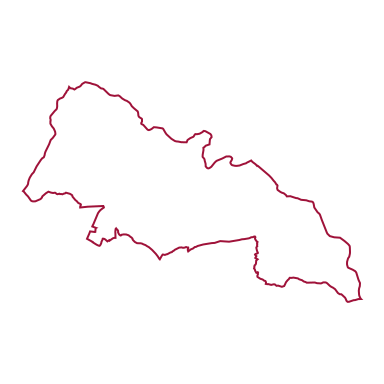 Copsa Mica, Sibiu, Romania
{"feature_id": "2599482B61193190522325", "entity_name": "Copsa Mica", "entity_type": "district", "adm_level": 2, "iso_a3": "ROU", "parent_name": "Romania", "parent_adm1": "Sibiu", "projection": "albers", "projection_center": [24.264, 46.118], "detail": "fine", "context": "isolated", "style": "outline", "palette": "rose", "viewbox_px": 384, "rotation_deg": 0, "n_neighbors": 0, "source": "geoboundaries", "source_scale": "gbopen_adm2", "svg_char_len": 5942}
<svg xmlns="http://www.w3.org/2000/svg" viewBox="0 0 384 384"><path d="M361.0,299.0L360.6,298.6L359.6,296.5L359.2,295.3L359.1,294.7L358.8,290.8L359.1,288.4L359.8,286.2L360.0,283.1L358.5,279.8L356.3,272.7L355.8,271.9L355.2,271.2L352.7,269.7L348.2,267.7L347.8,267.2L347.2,265.2L347.0,264.1L347.1,261.7L347.9,258.9L348.4,257.8L349.2,256.8L349.9,253.7L350.0,252.3L349.9,248.8L349.8,246.8L349.5,245.7L347.9,243.9L344.5,241.0L340.0,237.7L334.2,237.3L329.8,236.1L327.4,233.7L326.8,232.5L321.8,219.9L320.0,214.8L319.3,213.7L317.6,212.3L314.3,207.5L313.7,204.1L313.2,202.6L312.8,202.1L311.9,201.6L309.3,201.3L306.3,200.3L301.1,199.8L297.5,198.2L296.1,198.1L290.3,196.2L286.8,196.4L286.0,195.1L283.8,193.3L281.9,192.7L280.5,192.0L277.7,190.0L277.5,189.7L277.1,188.2L277.5,185.5L277.0,184.7L276.4,184.5L275.1,182.3L273.6,180.7L271.5,178.0L269.1,175.5L258.1,166.1L256.9,165.4L256.8,165.6L255.5,164.2L252.4,161.9L251.2,160.5L246.8,162.7L246.0,163.3L243.4,164.0L239.6,165.5L236.6,165.9L234.9,165.8L232.3,165.2L231.6,164.8L230.6,163.4L230.4,162.6L230.5,162.1L231.7,160.1L232.2,158.7L232.1,158.2L230.8,156.8L229.4,156.4L226.2,156.5L222.3,158.5L216.9,160.7L215.9,161.4L214.6,162.7L211.3,166.8L209.7,167.9L208.8,168.3L208.1,168.4L207.0,167.9L205.7,166.4L205.6,163.9L205.3,162.7L204.7,160.7L204.6,159.8L204.2,158.7L202.7,157.0L202.6,156.7L202.7,154.6L203.5,150.0L203.4,147.7L204.5,147.0L205.7,145.7L209.5,144.4L209.8,140.5L210.0,139.1L211.6,137.1L211.3,135.3L210.4,134.0L205.4,131.2L203.8,130.9L203.3,131.2L202.6,132.0L199.6,133.7L197.0,134.2L195.3,134.1L194.5,135.0L193.7,136.4L193.3,136.8L190.3,138.1L187.7,139.9L187.4,140.3L186.9,141.7L186.6,142.3L181.3,142.2L178.4,141.6L176.3,141.4L174.9,141.0L171.4,138.8L166.5,134.3L165.4,132.7L163.2,128.9L162.6,128.4L156.5,127.4L153.8,127.2L151.7,128.9L150.4,129.6L148.9,130.1L148.0,129.9L147.3,129.4L143.3,124.9L142.0,124.3L141.3,123.8L141.2,123.1L142.0,121.6L142.0,119.1L141.6,118.6L139.5,117.3L138.8,116.6L138.4,115.6L138.1,112.7L137.7,111.4L134.0,108.3L131.8,106.2L130.6,104.1L129.5,102.7L126.9,100.9L125.0,100.2L122.2,98.5L119.6,96.1L118.3,95.4L114.6,95.9L110.6,95.2L109.8,94.9L108.5,93.9L103.4,88.9L102.5,88.6L101.1,88.4L100.5,88.0L98.4,86.4L97.9,85.8L95.4,84.7L92.2,83.9L90.4,83.2L85.5,82.2L84.9,82.3L82.2,83.9L80.7,85.8L79.7,86.6L76.7,87.8L75.3,89.0L74.4,89.5L72.8,88.6L70.4,88.2L69.1,86.9L68.2,89.7L66.9,90.9L66.4,91.7L66.3,92.3L65.0,94.0L63.2,97.1L61.8,97.9L60.1,98.5L57.9,100.0L57.5,100.6L57.3,101.3L57.1,103.5L57.2,106.2L57.0,107.9L56.7,108.9L56.4,109.4L54.8,110.9L50.9,115.6L50.5,116.2L50.3,116.9L50.2,118.3L50.6,119.5L50.6,120.9L50.4,121.1L50.4,123.7L51.9,126.3L53.7,128.5L54.3,129.8L55.1,131.6L55.4,133.7L55.3,134.5L52.8,137.9L50.7,140.0L49.1,144.3L45.5,151.6L44.9,153.4L44.6,155.2L43.8,157.3L42.2,158.3L40.8,160.0L36.6,166.4L33.7,172.3L31.9,174.2L29.8,177.6L28.7,180.3L28.2,182.4L28.1,183.7L27.8,184.6L27.0,186.0L23.0,191.1L23.9,191.7L26.2,194.6L28.0,196.4L30.8,200.4L31.4,200.9L32.4,201.3L33.8,201.4L35.4,201.3L40.5,199.1L42.0,197.5L42.1,196.9L42.4,196.3L46.0,193.2L48.4,191.7L51.0,192.6L53.1,193.0L55.0,192.7L55.4,192.9L56.8,194.0L57.5,194.2L59.4,193.7L60.0,194.1L61.1,194.0L62.4,194.3L63.9,193.6L64.8,193.5L65.9,192.7L69.9,193.8L71.4,194.7L72.2,195.3L72.5,196.6L75.4,200.1L76.7,201.1L78.2,202.9L80.6,204.1L80.9,204.7L80.8,205.2L80.4,205.9L80.2,206.7L80.2,207.5L87.8,206.7L103.3,206.0L103.9,207.3L103.6,207.8L103.1,208.0L100.4,210.1L99.1,211.6L98.0,213.2L93.0,225.1L92.8,225.2L92.3,226.5L96.0,227.9L95.8,228.0L95.5,229.5L95.3,231.9L94.9,232.0L90.1,231.4L89.3,233.6L87.0,238.8L92.6,241.9L92.5,242.1L92.9,242.4L96.6,244.7L98.5,245.6L99.6,245.8L100.4,244.9L101.2,243.3L101.5,241.7L102.6,239.5L102.7,238.7L102.9,238.6L104.3,238.9L105.3,239.5L107.4,241.4L109.2,240.2L109.5,240.7L112.9,238.3L114.2,237.9L115.5,237.9L115.4,233.6L115.3,231.8L115.5,229.9L115.7,228.8L116.0,228.5L116.2,229.0L117.0,229.3L117.3,229.6L118.1,230.9L118.1,232.4L119.1,234.4L120.0,235.2L120.5,235.5L121.0,235.4L121.5,234.8L123.7,234.4L126.2,234.5L128.6,235.3L130.8,237.1L131.4,237.4L132.5,238.6L132.5,239.2L133.1,240.2L134.9,242.0L137.1,243.2L140.8,243.3L142.3,243.7L143.1,244.2L145.5,245.1L147.1,246.2L148.8,247.1L152.1,249.9L155.8,253.8L157.8,256.4L159.2,258.7L159.8,259.3L161.6,256.1L162.6,254.6L162.9,254.5L164.8,254.9L165.6,254.7L166.4,254.3L167.3,254.2L170.4,252.5L171.9,252.1L172.5,251.4L173.8,250.7L174.8,249.8L179.2,247.6L181.5,247.4L183.0,247.8L184.8,247.6L185.8,247.1L186.6,247.1L187.7,247.7L188.2,247.6L188.3,248.2L187.8,249.2L187.9,250.7L188.2,251.4L190.6,249.5L193.0,248.5L194.7,247.1L196.2,246.8L197.6,246.0L203.1,244.5L211.7,243.1L214.7,242.9L220.2,241.1L229.1,241.7L239.3,240.0L241.9,239.3L244.3,239.1L248.5,238.4L249.6,238.1L251.1,237.3L253.1,237.1L253.9,236.6L254.6,236.5L255.1,236.6L255.4,237.2L255.0,238.4L255.2,239.2L255.6,239.9L256.3,240.7L256.6,241.4L257.5,241.9L257.4,242.5L257.0,243.2L257.3,244.1L257.0,245.1L257.3,246.2L256.4,247.3L256.3,247.8L257.0,250.8L257.9,252.9L257.7,253.2L255.6,254.0L255.0,254.5L255.1,254.8L256.4,256.1L255.3,257.9L257.6,259.3L256.2,260.5L256.0,263.3L255.6,264.5L254.6,265.4L254.3,266.5L254.5,266.9L254.0,268.4L254.1,268.6L254.8,269.3L255.2,270.8L256.3,272.8L256.7,272.9L257.7,272.2L258.0,272.4L257.8,272.9L258.0,274.0L257.3,276.0L257.5,276.9L260.4,278.8L262.4,279.4L263.1,279.8L264.0,280.6L265.3,281.0L265.6,281.3L266.0,282.4L265.8,283.9L266.5,283.9L267.1,284.2L268.3,284.1L271.2,284.9L273.6,284.3L274.8,284.4L276.5,285.8L278.1,285.6L281.9,286.8L284.2,286.0L284.6,285.2L285.1,284.2L286.0,282.2L287.8,280.0L288.7,279.3L289.7,277.8L291.5,277.9L293.4,277.6L297.9,278.4L299.2,279.3L302.0,280.2L303.8,281.5L305.5,282.0L306.8,282.7L314.8,282.5L317.1,283.2L320.7,283.4L321.4,283.3L323.2,282.4L325.2,282.4L325.9,282.5L327.1,283.2L329.8,285.8L331.4,286.9L332.9,287.6L335.1,289.2L337.9,293.0L339.7,294.2L341.4,294.3L342.3,295.1L345.0,297.6L345.6,298.6L346.5,300.8L347.5,301.8L348.9,301.8L353.6,300.2L355.1,300.1L358.3,299.1L361.0,299.0Z" fill="none" stroke="#9f1239" stroke-width="2"/></svg>